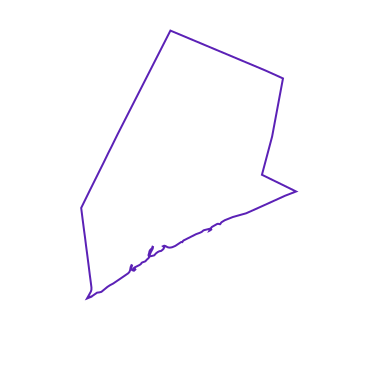 an SVG outline of Jubbada Hoose, rotated 27°
{"feature_id": "SOM-2645", "entity_name": "Jubbada Hoose", "entity_type": "Region", "adm_level": 1, "iso_a3": "SOM", "parent_name": "Somalia", "parent_adm1": "", "projection": "robinson", "projection_center": [41.866, -0.188], "detail": "fine", "context": "isolated", "style": "outline", "palette": "violet", "viewbox_px": 384, "rotation_deg": 27, "n_neighbors": 0, "source": "natural_earth", "source_scale": "10m", "svg_char_len": 1895}
<svg xmlns="http://www.w3.org/2000/svg" viewBox="0 0 384 384"><g transform="rotate(27 192 192)"><path d="M146.9,332.6L147.1,326.7L146.8,324.9L145.8,322.8L142.6,318.1L138.4,312.0L134.2,305.8L129.9,299.5L125.8,293.5L122.0,288.0L117.4,281.2L113.1,275.0L109.0,269.0L106.8,265.8L104.7,262.7L102.6,259.6L100.5,256.5L100.4,249.3L100.3,242.7L100.2,236.0L100.1,225.7L100.0,215.5L99.9,205.2L99.7,195.0L99.7,188.6L99.6,182.2L99.5,174.5L99.5,162.7L99.5,150.9L99.5,139.0L99.5,127.2L99.5,115.4L99.5,103.6L99.5,91.8L99.5,80.0L99.5,68.2L99.5,58.0L137.2,55.2L202.3,50.4L221.5,49.5L238.2,106.2L246.5,144.9L284.0,144.3L284.5,144.3L276.6,153.1L260.0,173.9L249.9,186.4L245.0,190.9L239.7,195.8L234.0,202.3L232.0,205.6L231.8,206.6L231.8,207.4L231.6,208.0L229.6,208.5L228.9,209.1L225.6,214.1L225.2,215.7L226.2,216.7L225.4,218.2L225.1,218.6L225.1,218.0L225.0,217.6L224.9,217.1L224.5,216.7L220.0,220.6L219.4,221.5L218.8,223.1L217.5,224.8L214.8,227.7L206.5,239.0L206.2,239.8L206.2,240.5L206.1,241.1L205.3,241.3L205.0,241.6L201.6,247.6L199.5,250.1L198.3,251.1L196.9,251.9L195.3,252.3L192.8,252.2L191.6,252.5L190.8,253.5L192.4,253.9L192.4,255.8L191.6,257.8L191.1,258.7L189.9,259.5L188.7,261.1L187.7,263.2L187.3,264.9L187.0,265.7L184.2,268.1L183.3,268.7L182.9,268.0L182.6,264.1L182.7,260.3L182.2,258.7L181.7,258.7L181.9,260.2L181.6,261.2L181.2,262.2L181.0,263.3L181.1,264.4L181.5,265.8L181.7,266.9L181.9,268.0L182.5,268.6L183.0,269.0L183.4,269.8L183.2,270.9L182.4,272.9L182.2,274.0L181.7,275.2L179.8,277.2L179.3,277.9L179.2,279.1L178.8,280.1L178.2,281.1L175.1,285.3L174.7,286.3L175.0,287.2L175.6,287.1L176.4,286.6L177.0,286.0L176.0,288.5L174.2,288.8L172.4,287.3L171.9,284.7L171.3,284.7L171.4,286.6L172.4,290.0L172.5,291.8L172.0,293.5L163.3,309.4L161.3,312.2L159.7,315.0L156.6,322.1L155.0,323.5L153.1,324.8L150.1,330.4L148.5,332.0L149.0,332.0L146.8,334.5L146.9,332.6Z" fill="none" stroke="#5b21b6" stroke-width="2"/></g></svg>